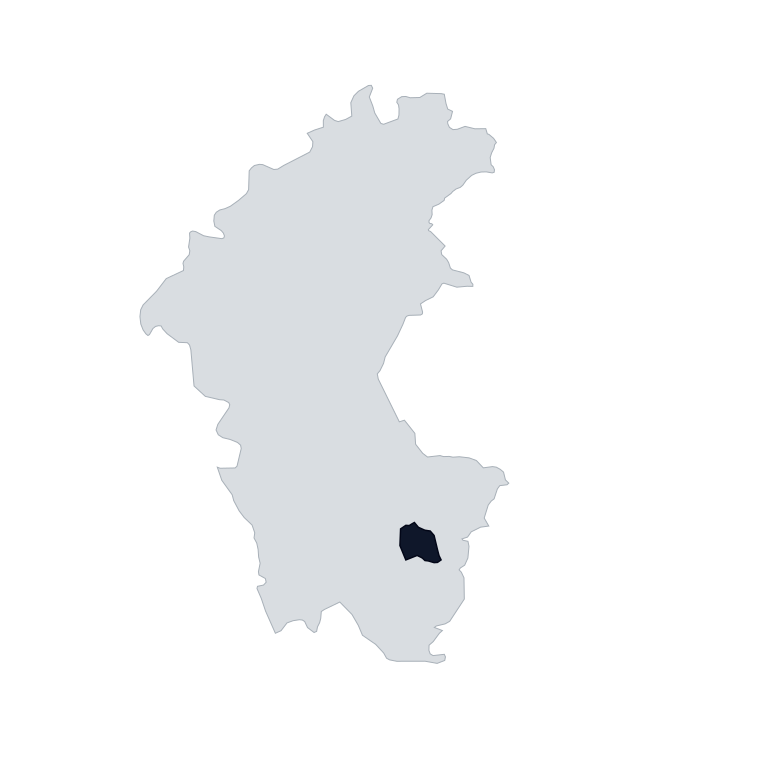 location of Fria within Guinea, rotated 244°
{"feature_id": "GIN-5638", "entity_name": "Fria", "entity_type": "Prefecture", "adm_level": 1, "iso_a3": "GIN", "parent_name": "Guinea", "parent_adm1": "", "projection": "mercator", "projection_center": [-13.527, 10.477], "detail": "fine", "context": "in_parent", "style": "filled", "palette": "ink", "viewbox_px": 768, "rotation_deg": 244, "n_neighbors": 0, "source": "natural_earth", "source_scale": "10m", "svg_char_len": 4097}
<svg xmlns="http://www.w3.org/2000/svg" viewBox="0 0 768 768"><g transform="rotate(244 384 384)"><path d="M464.8,495.3L459.1,494.5L456.5,495.6L448.9,504.5L444.3,508.0L437.3,506.9L434.7,507.6L432.8,506.6L435.4,501.6L439.1,491.9L448.4,482.0L448.6,480.0L444.8,474.2L440.8,466.4L440.8,458.0L440.0,451.9L431.7,450.2L430.2,449.2L430.0,447.1L434.7,436.6L435.0,434.5L434.4,432.6L429.4,427.2L421.4,417.3L407.8,396.9L402.7,392.6L397.8,386.3L396.0,382.4L390.9,381.0L343.3,381.2L342.5,386.5L326.1,390.1L316.0,386.0L304.7,388.4L299.3,391.1L295.1,403.0L292.7,405.6L290.3,410.9L288.0,413.9L285.6,419.8L280.3,428.1L274.7,433.5L265.1,436.5L262.2,445.3L260.0,448.5L256.3,451.1L252.4,452.8L244.6,451.1L240.2,452.7L239.5,450.4L241.9,443.5L240.0,439.9L232.5,432.6L231.8,429.1L229.5,424.6L219.6,415.3L210.4,415.9L213.0,408.0L212.9,397.6L209.8,392.0L210.6,386.2L208.9,386.5L205.8,390.5L200.8,389.2L190.8,383.1L185.8,377.1L185.2,372.0L184.0,370.0L181.0,371.0L174.7,370.9L155.5,361.9L141.9,339.0L141.6,333.8L143.6,324.9L143.1,322.5L136.8,328.4L135.7,324.5L130.9,315.3L129.5,310.0L124.9,307.6L121.2,307.2L118.4,309.0L114.6,319.7L111.8,319.6L108.9,317.4L109.6,309.3L116.9,299.3L129.2,273.9L133.6,268.1L136.4,266.1L142.3,265.8L153.6,262.4L167.6,254.5L178.3,255.1L190.9,254.2L207.4,248.7L207.5,231.7L207.0,227.9L201.1,224.4L197.7,221.5L194.8,217.7L191.2,215.0L191.3,212.2L198.6,208.5L205.3,208.6L207.6,207.2L209.2,204.7L211.1,198.6L211.8,192.1L207.4,183.3L207.6,177.1L231.8,178.0L245.0,179.7L255.9,180.2L257.6,181.6L256.1,187.6L257.5,191.2L261.2,192.1L267.2,187.9L270.4,188.9L277.2,194.1L283.5,195.5L290.4,198.3L296.8,199.9L302.6,199.7L306.9,202.6L315.0,203.6L325.3,199.8L333.5,198.2L345.0,197.8L351.0,199.0L368.5,196.0L382.3,197.7L380.1,199.8L373.8,213.4L374.6,215.9L388.6,227.4L391.9,228.3L395.7,226.7L401.7,221.3L406.4,215.6L411.0,212.8L416.3,212.9L420.6,217.0L430.5,234.2L433.0,236.3L435.4,236.3L439.8,233.1L442.0,229.3L451.2,218.0L465.5,212.4L499.4,225.4L504.3,226.3L507.3,225.4L511.5,217.7L524.3,211.1L530.4,209.3L533.9,209.1L535.2,207.0L535.9,203.9L535.2,200.7L531.2,194.8L531.1,193.1L533.4,192.0L538.2,191.2L544.5,191.7L551.6,194.2L557.4,197.9L560.7,202.2L567.1,220.3L574.2,234.5L573.9,253.5L577.1,255.4L580.5,256.2L582.2,257.7L585.6,265.6L588.9,267.9L592.8,268.4L600.1,273.4L604.9,275.4L605.5,276.9L605.4,279.0L603.5,281.6L596.4,286.8L592.9,291.3L585.7,302.0L585.5,304.1L587.0,305.5L590.0,305.8L593.2,305.0L599.8,301.1L605.1,302.5L610.1,305.5L611.9,308.6L612.4,312.7L611.3,317.9L611.1,323.8L612.8,333.8L615.4,343.8L618.0,347.5L634.7,356.3L636.3,359.6L637.2,363.3L636.0,368.4L634.3,371.2L625.1,379.0L623.7,382.7L624.4,389.7L625.0,418.9L628.6,423.8L633.0,426.3L643.0,424.9L642.7,433.0L641.4,442.1L647.3,444.9L650.2,447.7L651.8,450.3L642.6,455.1L639.9,457.9L638.6,465.5L638.9,472.5L651.4,477.5L656.2,483.3L658.3,489.4L659.1,500.9L658.0,503.5L654.8,503.5L648.4,496.6L638.8,495.8L631.6,494.5L619.6,495.4L617.6,497.5L616.1,512.7L619.1,515.3L624.8,518.2L628.5,519.4L631.6,519.0L634.0,520.9L634.5,525.9L632.9,529.6L629.8,533.0L625.8,541.8L626.6,549.9L619.9,562.7L618.0,565.2L609.0,562.7L603.2,561.8L599.0,565.1L593.1,560.1L592.1,556.2L589.9,555.4L586.0,555.3L582.4,557.5L580.8,561.6L580.0,569.8L573.5,577.6L568.9,587.4L563.5,586.5L562.4,587.7L556.7,590.2L551.8,590.9L550.6,588.3L547.7,586.2L544.6,582.1L541.0,578.7L534.1,576.4L531.4,577.4L528.1,577.2L526.0,575.8L526.3,573.8L529.9,568.8L532.0,564.1L533.1,559.0L533.1,554.2L531.1,547.3L528.1,541.9L527.3,538.7L527.7,534.3L526.9,530.1L525.9,527.9L524.5,520.0L522.7,518.6L521.6,512.2L521.9,505.7L519.3,503.3L515.1,501.5L512.6,499.0L511.1,496.1L509.6,495.3L508.3,495.5L507.1,497.2L505.7,497.6L503.3,491.5L502.3,491.3L500.6,492.7L481.2,499.4L478.7,493.7L475.0,492.6L468.6,495.0L464.8,495.3Z" fill="#d9dde1" stroke="#a8b0b8" stroke-width="1"/><path d="M216.3,326.5L231.8,327.5L246.5,335.4L247.4,341.7L245.7,344.6L246.0,347.4L246.2,350.6L240.1,352.1L234.7,356.6L231.6,361.1L225.9,362.6L211.5,359.4L205.6,358.2L200.9,358.2L200.2,353.9L201.5,350.7L205.6,346.2L207.4,343.4L210.5,342.3L211.9,341.4L215.4,338.6L216.3,326.5Z" fill="#0f172a" stroke="#020617" stroke-width="1.5"/></g></svg>